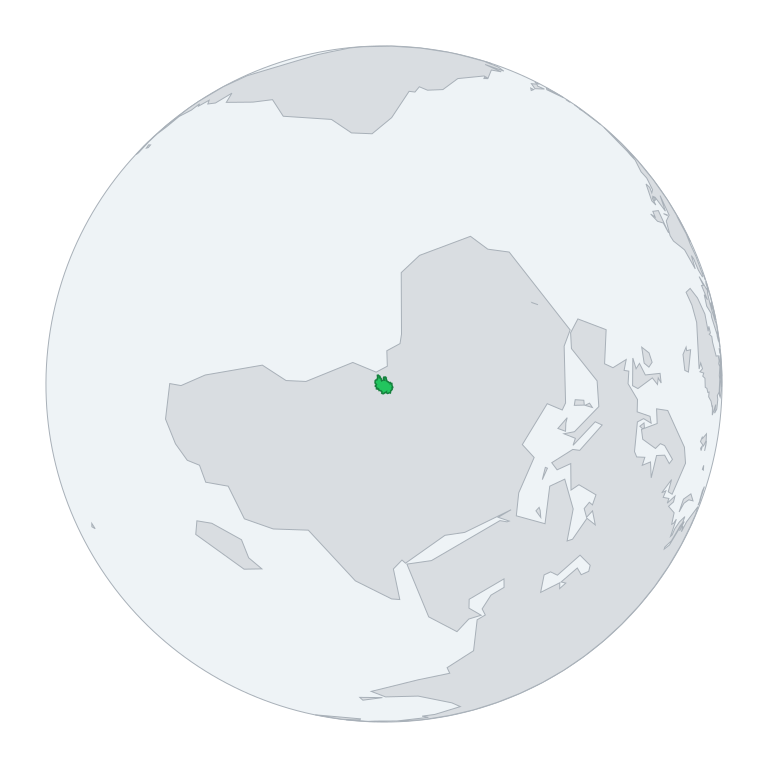 Centre highlighted on a globe, orthographic projection, rotated 99°
{"feature_id": "CMR-1480", "entity_name": "Centre", "entity_type": "Province", "adm_level": 1, "iso_a3": "CMR", "parent_name": "Cameroon", "parent_adm1": "", "projection": "orthographic", "projection_center": [11.575, 4.696], "detail": "fine", "context": "on_globe", "style": "filled", "palette": "green", "viewbox_px": 768, "rotation_deg": 99, "n_neighbors": 0, "source": "natural_earth", "source_scale": "10m", "svg_char_len": 11169}
<svg xmlns="http://www.w3.org/2000/svg" viewBox="0 0 768 768"><g transform="rotate(99 384 384)"><circle cx="384" cy="384" r="338" fill="#eef3f6" stroke="#a8b0b8"/><path d="M273.3,64.7L272.5,65.0L272.3,65.1L273.3,64.7ZM268.9,66.3L268.3,66.5L263.7,68.2L268.9,66.3ZM263.0,68.5L266.4,67.2L254.6,71.9L268.7,66.6L261.2,69.8L252.7,73.2L250.7,73.6L243.3,76.7L263.0,68.5ZM195.7,103.4L191.3,106.6L182.4,113.0L172.4,121.0L178.6,116.5L188.6,108.9L197.8,103.5L209.0,95.9L214.3,93.0L227.0,85.8L228.2,86.4L222.4,91.3L212.0,97.7L209.1,100.5L221.6,94.6L204.5,108.1L197.5,120.5L192.8,124.6L178.9,130.7L172.6,128.8L154.7,140.8L169.3,133.1L157.2,145.4L156.5,147.9L158.9,147.8L164.7,143.5L161.2,148.2L145.4,156.5L148.3,152.3L153.3,149.4L150.2,149.1L139.5,156.7L134.2,163.3L123.6,170.9L119.6,176.1L115.1,181.3L122.1,172.1L109.4,189.2L96.1,207.0L109.5,186.9L124.3,167.8L140.4,149.8L157.7,133.0L176.2,117.5L195.7,103.4ZM94.0,210.5L78.4,239.7L79.6,237.2L94.0,210.5ZM50.7,328.1L50.0,334.2L53.0,320.9L56.2,314.6L52.6,334.1L57.3,317.0L57.1,327.1L65.7,329.1L64.1,333.3L70.8,358.9L84.0,371.9L87.0,387.0L84.9,395.6L90.8,399.1L91.0,405.0L119.7,418.1L138.7,434.9L141.1,455.4L130.9,477.3L135.3,525.4L120.6,538.6L126.1,557.6L130.5,583.8L120.5,579.7L132.8,594.4L135.0,601.8L131.1,601.1L138.6,610.7L136.1,610.0L143.6,617.1L151.8,628.2L163.8,638.8L172.9,647.6L180.9,653.7L179.8,653.1L181.9,654.8L186.2,658.0L183.9,656.3L162.3,639.0L142.2,620.1L135.6,613.1L137.9,615.5L133.7,611.1L115.6,589.3L100.9,567.4L69.3,501.6L63.9,487.7L57.4,470.3L54.1,457.2L49.1,429.2L46.5,400.8L46.3,372.3L46.9,362.0L49.6,335.4L50.0,332.4L50.7,328.1ZM73.2,251.4L67.9,269.2L66.2,269.9L67.4,267.1L69.8,259.9L71.2,256.1L73.2,251.4ZM81.8,233.6L82.4,232.0L82.5,232.2L81.8,233.6ZM225.5,86.2L226.2,86.0L223.5,87.4L225.5,86.2ZM230.4,83.4L226.7,85.2L228.5,84.2L230.7,83.1L230.4,83.4ZM234.5,81.7L232.0,82.2L235.2,80.6L246.3,75.5L234.5,81.7ZM293.8,58.3L295.2,57.9L292.1,58.9L285.6,60.7L293.8,58.3ZM284.3,62.5L284.1,62.1L289.2,60.4L284.3,62.5ZM301.3,56.4L303.7,55.8L297.6,57.3L298.6,57.0L299.2,56.9L301.3,56.4ZM312.7,53.7L301.5,56.5L300.7,57.3L296.1,58.6L298.2,57.2L312.7,53.7ZM311.1,54.0L308.9,54.5L311.1,54.0ZM313.6,53.6L316.3,53.0L314.2,53.5L313.6,53.6ZM322.8,51.7L319.2,52.4L316.7,52.9L322.8,51.7ZM323.5,51.5L318.0,52.6L319.6,52.3L323.5,51.5ZM334.2,50.1L322.0,52.4L316.6,53.1L329.2,50.7L334.2,50.1ZM185.6,657.6L187.3,658.8L181.9,654.5L194.0,662.6L196.2,664.7L187.1,658.6L185.6,657.6ZM184.6,653.9L184.4,652.0L187.4,653.8L188.2,655.6L184.6,653.9ZM714.8,315.2L712.6,306.6L717.3,331.0L719.8,346.3L721.6,368.9L721.5,367.9L719.7,346.8L718.3,339.9L714.8,318.5L706.3,288.0L706.1,294.4L702.4,282.1L690.7,258.2L688.3,267.1L686.9,301.4L692.8,333.5L689.6,348.5L670.7,303.7L659.4,273.8L654.3,277.3L633.4,253.8L602.3,255.1L596.3,247.8L590.8,251.9L575.8,245.3L566.1,233.6L557.7,235.0L583.3,266.2L592.1,265.0L597.2,251.9L602.9,263.5L617.2,273.2L607.0,303.4L558.3,333.2L551.0,309.5L500.8,248.1L500.9,241.0L500.6,240.3L499.8,238.9L497.8,250.4L488.3,238.8L517.9,281.0L523.9,300.1L557.6,334.7L555.1,338.7L565.2,345.8L594.4,334.7L595.1,342.8L582.9,381.5L540.2,435.9L544.5,470.7L539.0,500.8L509.3,521.9L508.9,544.7L493.1,553.5L490.1,566.4L475.7,580.6L452.8,594.3L417.1,595.7L417.3,584.2L403.1,562.0L384.4,507.1L395.9,481.3L393.7,461.5L367.6,418.2L373.5,393.6L365.9,383.5L350.7,386.4L341.6,374.5L332.1,374.5L271.3,384.4L251.4,369.0L224.6,321.7L234.6,302.6L234.1,281.0L301.5,208.6L318.4,212.0L374.3,201.7L381.8,203.9L377.9,219.7L422.2,237.9L433.1,224.2L470.4,233.9L493.5,232.7L496.8,203.1L459.0,204.3L449.7,190.6L477.8,177.6L510.4,178.6L507.8,173.5L484.9,162.5L490.1,153.3L476.7,158.2L483.9,163.1L475.7,166.8L468.7,162.7L470.8,159.2L460.3,157.3L453.0,175.7L459.5,182.7L433.4,187.1L441.7,199.6L435.5,206.0L419.1,187.3L418.9,180.3L390.4,162.1L388.3,169.5L415.0,187.7L407.7,186.5L405.0,198.5L401.3,188.4L372.7,168.3L347.6,174.0L319.7,204.4L304.2,207.7L289.4,202.7L295.6,173.1L329.5,169.3L332.1,160.4L321.9,148.6L333.0,149.0L333.0,144.2L345.5,143.0L359.7,131.2L371.9,129.6L374.3,116.2L380.9,114.0L377.6,122.2L381.8,127.8L411.6,126.0L416.5,123.0L415.6,114.9L423.9,116.2L419.3,108.6L434.9,105.4L412.0,103.6L410.4,95.7L418.0,89.8L413.3,87.3L400.9,97.2L399.7,101.7L405.2,105.8L398.1,119.8L388.6,122.6L380.3,108.0L365.9,110.9L365.8,99.6L399.4,77.4L415.1,73.8L447.8,82.2L446.0,86.4L433.4,85.0L448.0,92.7L445.4,88.9L452.3,90.5L452.5,84.7L457.4,85.6L449.2,79.1L455.2,79.6L460.3,83.8L465.8,77.3L477.5,77.9L476.3,76.2L471.8,74.1L489.7,77.2L488.0,75.8L481.6,74.2L474.1,70.7L467.9,66.1L474.4,67.4L477.6,69.2L493.9,75.6L501.2,81.2L503.2,81.4L498.4,76.9L478.5,68.9L472.9,65.9L482.8,69.1L478.8,67.7L478.0,66.6L483.4,67.1L472.8,63.6L455.9,54.7L464.6,56.0L475.3,58.9L472.9,58.0L496.5,65.4L519.6,74.5L541.9,85.2L563.3,97.6L583.8,111.5L603.3,126.9L621.5,143.6L638.5,161.6L654.1,180.9L668.2,201.2L680.8,222.5L691.9,244.7L701.2,267.6L708.9,291.1L714.8,315.2ZM281.6,244.3L280.5,250.6L280.4,250.7L281.6,244.3ZM547.5,196.0L565.3,196.7L552.8,179.3L558.6,178.5L552.2,173.3L551.8,178.1L535.5,164.3L541.5,159.4L537.0,152.5L530.8,152.0L522.4,163.6L545.7,182.8L543.5,190.1L547.5,196.0ZM66.1,329.0L66.7,333.1L65.0,332.7L66.1,329.0ZM63.5,277.5L63.5,278.4L62.7,281.6L62.2,282.2L63.5,277.5ZM69.8,282.2L71.1,284.5L68.7,285.4L69.8,282.2ZM67.6,271.7L68.7,281.1L64.3,285.4L64.0,279.8L65.7,279.0L67.6,271.7ZM76.7,243.9L76.2,245.6L74.6,248.9L76.7,243.9ZM81.9,233.9L81.7,234.0L83.0,231.2L81.9,233.9ZM158.1,144.8L159.3,144.4L160.6,145.3L157.7,147.0L158.1,144.8ZM180.5,139.3L174.4,147.2L176.7,142.3L171.4,145.5L169.8,140.2L190.3,126.5L181.3,133.3L180.5,139.3ZM173.3,130.6L172.0,134.6L172.6,130.8L173.3,130.6ZM320.6,122.6L325.9,125.0L322.7,130.3L307.3,135.2L311.8,127.1L320.6,122.6ZM334.2,127.3L330.3,113.0L339.7,110.4L335.1,114.1L341.7,113.8L336.0,119.9L348.8,132.5L346.8,138.2L319.4,142.3L329.5,137.4L323.7,134.9L334.2,127.3ZM303.7,90.3L302.2,86.5L324.6,85.2L323.5,89.0L308.1,93.3L300.3,91.4L303.7,90.3ZM254.6,73.6L252.5,74.0L255.2,72.9L259.1,71.6L254.6,73.6ZM283.8,62.4L266.3,71.1L263.1,71.9L256.7,77.4L245.7,81.7L250.2,77.7L237.0,85.8L236.6,84.0L228.6,89.6L239.8,80.3L238.9,79.8L244.1,78.5L254.2,74.4L258.3,72.5L269.4,67.1L272.5,65.1L283.1,61.6L289.7,59.7L290.5,59.6L283.4,61.7L289.7,60.1L280.0,63.2L283.8,62.4ZM361.1,52.9L352.4,53.1L363.4,54.9L353.8,56.2L355.6,56.3L349.8,58.3L345.9,61.3L341.1,61.7L341.7,62.8L337.8,64.4L337.0,66.2L328.1,67.9L326.4,70.4L323.2,69.9L322.5,73.9L319.1,71.8L313.7,74.5L319.9,75.1L274.3,84.8L257.9,92.2L246.1,100.0L241.7,96.6L250.0,87.8L264.7,78.0L281.2,72.1L276.2,72.2L282.6,69.6L283.9,70.6L285.8,67.7L291.4,66.0L304.5,60.3L303.8,58.3L308.6,56.6L311.7,56.6L314.3,55.0L323.3,54.1L327.0,53.1L339.5,51.7L343.3,53.0L347.1,51.9L356.8,51.4L361.1,52.9ZM337.6,49.7L344.4,49.9L342.4,51.0L321.4,53.2L316.9,54.2L303.3,56.7L306.4,55.3L310.0,54.6L314.2,53.7L311.6,54.5L316.8,53.2L321.9,52.4L327.4,51.4L328.1,51.6L337.6,49.7ZM388.6,197.8L394.1,198.3L402.3,197.3L400.7,205.3L388.6,197.8ZM368.8,184.1L373.5,182.9L375.3,192.7L369.6,192.7L368.8,184.1ZM374.6,174.5L373.6,182.1L370.8,178.0L374.6,174.5ZM381.8,121.1L386.6,119.9L387.7,121.7L385.7,124.7L381.8,121.1ZM391.4,62.4L386.8,61.4L387.9,60.8L382.8,57.7L389.5,57.0L395.2,58.7L391.4,62.4ZM491.3,208.3L485.5,214.1L481.6,211.5L484.4,210.0L491.3,208.3ZM441.6,209.4L453.7,212.7L441.1,211.6L441.6,209.4ZM397.9,61.2L395.0,59.8L400.2,60.4L397.9,61.2ZM394.2,56.5L399.9,56.9L389.7,56.6L394.2,56.5ZM572.1,646.6L570.7,650.2L567.4,650.8L572.1,646.6ZM588.8,493.2L562.0,546.4L548.4,547.4L548.5,532.3L560.1,500.4L576.8,490.5L585.7,475.7L588.8,493.2ZM721.5,400.2L718.4,354.9L719.6,355.2L721.7,373.2L721.5,400.2ZM694.0,336.5L699.6,355.4L697.3,358.9L694.0,336.5ZM451.1,60.5L450.7,64.9L454.9,69.1L464.2,72.5L450.9,70.2L444.5,63.7L451.1,60.5ZM454.7,54.9L446.5,53.0L450.0,53.4L452.4,53.9L454.7,54.9ZM449.7,54.0L439.8,52.8L435.2,51.5L443.9,52.7L449.7,54.0ZM419.1,55.1L418.5,56.2L414.3,55.5L419.1,55.1Z" fill="#d9dde1" stroke="#a8b0b8" stroke-width="1"/><path d="M386.3,374.8L386.6,375.1L386.9,375.3L387.0,375.3L387.3,375.3L387.5,375.3L387.5,375.2L387.8,375.1L388.1,375.1L388.3,375.2L389.1,375.7L389.1,375.8L389.2,376.0L389.3,376.0L389.6,376.3L390.2,376.3L391.7,376.3L391.6,376.5L391.6,376.9L391.7,377.0L391.8,377.2L392.0,377.4L392.0,377.5L392.1,377.8L392.3,378.1L392.5,378.4L392.6,378.6L392.7,378.8L392.8,378.9L392.8,379.0L392.7,379.2L392.5,379.8L392.2,380.3L391.6,380.4L391.3,380.4L391.4,380.5L391.8,380.9L392.5,381.5L392.6,381.9L392.7,382.0L392.6,382.3L393.0,382.5L393.3,382.5L393.5,382.7L393.7,383.1L393.8,383.3L393.6,384.6L393.4,384.8L393.3,384.7L393.2,384.7L393.0,384.8L392.9,384.8L392.8,384.7L392.7,384.7L392.3,384.7L392.2,384.7L391.8,384.9L391.7,385.0L391.6,385.3L391.5,385.7L391.4,385.9L391.2,386.0L391.3,386.2L391.3,386.3L391.2,386.6L391.0,387.3L391.1,387.5L391.2,387.8L390.9,387.9L390.8,388.0L390.7,388.1L390.5,388.3L390.4,388.4L390.2,388.4L389.9,388.5L389.7,388.6L389.6,388.8L389.5,389.0L389.7,389.3L390.0,389.5L390.1,390.0L390.0,390.3L389.9,390.7L389.6,390.5L389.5,390.2L389.4,390.1L389.2,390.1L388.9,390.5L388.3,391.0L388.1,391.2L388.0,391.3L387.8,392.1L387.7,392.1L387.4,392.2L387.2,392.2L387.3,392.0L387.2,391.9L386.5,391.6L386.4,391.5L386.1,391.4L385.9,391.3L385.7,391.6L385.4,391.8L385.2,392.0L384.8,392.4L384.8,392.6L384.7,392.8L384.2,393.0L383.9,393.1L382.9,393.1L382.6,393.2L382.3,393.2L382.1,393.2L381.9,393.2L381.6,393.0L381.6,392.9L381.5,392.7L381.4,392.6L381.2,392.4L381.1,392.0L381.1,391.8L380.9,391.6L380.6,391.6L380.4,391.5L380.2,391.5L379.7,391.5L379.7,391.4L379.6,391.2L379.4,391.2L378.9,391.2L376.9,391.8L376.5,391.9L376.4,391.9L376.1,390.9L376.2,390.7L376.2,390.8L376.3,390.8L376.4,390.7L376.6,390.6L376.7,390.2L376.9,389.8L376.9,389.5L377.0,389.3L377.1,389.2L377.5,389.0L377.7,389.3L377.9,389.3L378.0,389.4L378.2,389.6L378.3,389.6L378.5,389.5L378.5,389.4L378.6,389.2L378.6,388.9L378.6,388.7L378.6,388.4L378.8,388.1L378.9,387.9L379.0,387.8L379.0,387.7L379.3,387.6L379.5,387.6L379.8,387.5L380.1,387.4L380.3,387.3L380.5,387.2L380.9,387.1L381.0,387.1L381.2,386.9L381.3,386.8L381.2,386.7L380.6,386.1L380.4,385.7L380.2,385.2L380.2,384.6L380.2,384.4L379.9,384.5L379.7,384.4L379.5,384.5L379.4,384.6L379.4,384.9L379.3,385.1L379.1,385.2L378.9,385.0L378.7,385.2L378.6,385.3L378.4,385.5L378.2,385.5L377.8,385.4L377.7,385.3L377.4,385.2L377.2,385.2L377.1,384.8L377.3,384.5L377.6,384.2L377.7,383.9L377.6,383.7L377.3,383.8L377.0,384.0L376.9,383.9L376.9,383.6L377.0,383.5L377.0,383.4L377.3,383.3L377.5,383.2L377.7,382.7L378.1,382.8L378.3,382.8L379.1,382.4L379.3,382.3L379.3,382.2L379.5,382.1L379.8,382.4L379.9,382.5L380.0,382.5L380.2,382.4L380.3,382.4L380.4,382.2L380.5,381.9L380.6,381.7L380.6,381.4L380.8,381.2L381.0,381.1L381.1,380.9L381.1,380.7L381.1,380.4L381.2,380.2L381.3,380.2L381.6,379.9L381.7,379.7L381.8,379.4L381.9,379.2L381.9,378.9L381.8,378.6L381.7,378.5L381.8,378.4L381.9,378.2L382.0,378.1L382.1,377.9L382.3,377.8L382.4,377.6L382.5,377.6L382.4,377.5L382.3,377.4L382.2,377.4L382.3,377.3L382.3,377.2L382.2,377.1L382.2,376.9L382.2,376.7L382.3,376.6L382.2,376.5L382.2,376.4L382.3,376.4L382.5,376.3L382.9,376.2L384.2,375.9L384.3,375.9L384.5,375.8L384.8,375.5L385.0,375.3L385.1,375.2L385.3,375.2L385.5,375.2L385.8,375.1L385.9,374.9L386.0,374.9L386.1,375.0L386.1,374.9L386.3,374.8Z" fill="#22c55e" stroke="#15803d" stroke-width="1.5"/></g></svg>